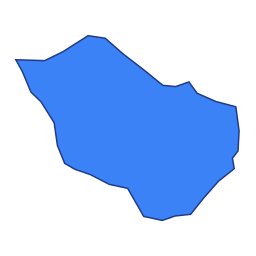 the district of Tibro, Västra Götaland, Sweden, rotated 269°
{"feature_id": "70781695B34872352941630", "entity_name": "Tibro", "entity_type": "district", "adm_level": 2, "iso_a3": "SWE", "parent_name": "Sweden", "parent_adm1": "Västra Götaland", "projection": "albers", "projection_center": [14.256, 58.478], "detail": "fine", "context": "isolated", "style": "filled", "palette": "blue", "viewbox_px": 256, "rotation_deg": 269, "n_neighbors": 0, "source": "geoboundaries", "source_scale": "gbopen_adm2", "svg_char_len": 554}
<svg xmlns="http://www.w3.org/2000/svg" viewBox="0 0 256 256"><g transform="rotate(269 128 128)"><path d="M173.0,189.7L168.6,176.4L170.0,163.6L185.6,145.1L202.6,123.8L218.2,106.7L221.0,89.7L205.4,64.2L196.8,45.8L198.2,17.0L186.9,23.1L165.6,31.6L155.7,41.5L134.5,54.3L111.8,57.1L93.7,64.1L87.7,74.1L82.0,89.7L72.0,108.2L67.7,126.6L39.3,142.2L35.0,160.7L39.2,173.5L40.6,189.1L56.2,202.0L73.3,217.6L85.5,233.5L96.0,231.9L103.2,237.6L123.1,239.0L147.3,236.2L153.0,216.2L161.5,197.7L173.0,189.7Z" fill="#3b82f6" stroke="#1e3a8a" stroke-width="1.5"/></g></svg>